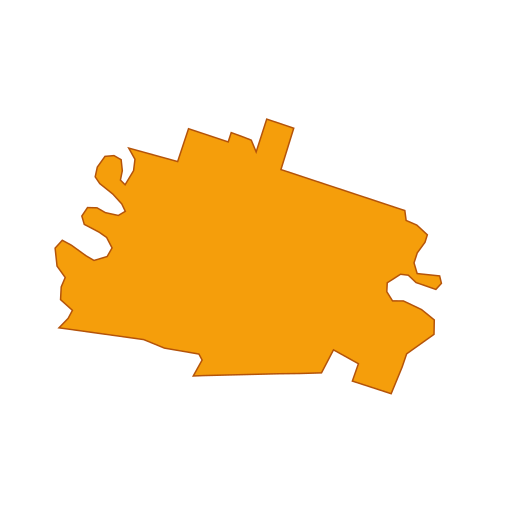 Dois Lajeados, Rio Grande do Sul, Brazil (Robinson projection), rotated 18°
{"feature_id": "56859067B92510091629986", "entity_name": "Dois Lajeados", "entity_type": "district", "adm_level": 2, "iso_a3": "BRA", "parent_name": "Brazil", "parent_adm1": "Rio Grande do Sul", "projection": "robinson", "projection_center": [-51.855, -28.973], "detail": "fine", "context": "isolated", "style": "filled", "palette": "amber", "viewbox_px": 512, "rotation_deg": 18, "n_neighbors": 0, "source": "geoboundaries", "source_scale": "gbopen_adm2", "svg_char_len": 1154}
<svg xmlns="http://www.w3.org/2000/svg" viewBox="0 0 512 512"><g transform="rotate(18 256 256)"><path d="M90.8,385.2L175.0,370.2L197.3,371.9L232.0,366.9L236.9,371.6L233.4,389.5L242.6,386.1L313.3,361.2L334.0,354.2L354.4,346.9L358.7,321.3L386.7,326.8L386.3,345.2L427.1,345.2L429.3,316.6L429.5,302.5L449.5,275.5L445.3,261.7L430.0,255.8L410.1,253.2L399.7,256.5L391.4,249.5L389.1,240.9L399.1,228.7L406.8,227.2L416.4,231.8L437.4,232.2L440.8,224.7L436.8,218.2L414.7,222.9L408.4,213.7L408.4,203.2L412.5,190.7L412.4,182.9L399.4,176.9L387.8,175.8L383.5,166.8L253.0,166.1L252.4,122.8L223.9,122.5L224.0,157.0L215.7,147.3L207.9,146.8L194.3,146.3L194.3,156.1L152.5,155.8L152.3,190.4L101.6,192.7L111.0,201.4L113.2,212.7L109.5,228.7L103.6,225.7L102.5,216.2L98.0,206.1L89.9,204.4L81.6,207.9L77.6,220.5L78.6,230.4L85.0,235.4L100.8,241.4L112.3,248.0L117.9,253.9L112.5,260.0L99.3,261.3L89.9,259.3L80.8,262.0L78.0,271.8L82.9,279.0L99.3,281.8L108.2,284.5L116.6,292.8L114.6,302.5L103.3,310.3L94.2,308.3L77.2,302.8L66.9,300.9L62.5,310.6L69.9,327.1L81.2,335.4L80.3,345.6L83.6,357.9L98.2,364.4L96.6,373.4L90.8,385.2Z" fill="#f59e0b" stroke="#b45309" stroke-width="1.5"/></g></svg>